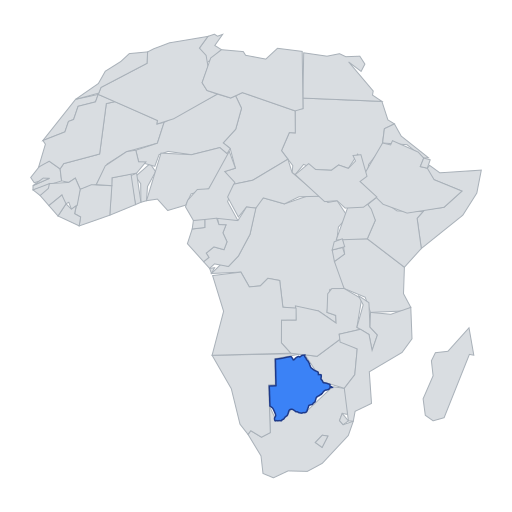 Botswana highlighted on a map of Africa
{"feature_id": "BWA", "entity_name": "Botswana", "entity_type": "country or territory", "adm_level": 0, "iso_a3": "BWA", "parent_name": "Africa", "parent_adm1": "", "projection": "orthographic", "projection_center": [24.585, -22.321], "detail": "fine", "context": "in_parent", "style": "filled", "palette": "blue", "viewbox_px": 512, "rotation_deg": 0, "n_neighbors": 49, "source": "natural_earth", "source_scale": "50m", "svg_char_len": 12651}
<svg xmlns="http://www.w3.org/2000/svg" viewBox="0 0 512 512"><path d="M367.3,238.8L404.4,267.2L403.5,293.7L410.8,307.4L405.1,310.9L370.5,312.4L365.2,297.2L344.1,288.5L336.3,275.5L334.4,261.5L344.6,254.0L342.3,238.8L367.3,238.8Z" fill="#d9dde1" stroke="#a8b0b8" stroke-width="1"/><path d="M98.2,94.4L95.5,101.9L78.1,106.3L73.6,119.5L68.5,121.4L64.9,131.9L42.9,140.5L75.6,99.3L98.2,94.4Z" fill="#d9dde1" stroke="#a8b0b8" stroke-width="1"/><path d="M334.4,261.5L344.1,288.5L329.8,289.4L327.0,312.4L335.7,315.4L336.1,323.1L318.4,310.9L282.9,307.2L279.7,280.5L267.9,278.3L260.3,285.9L249.3,286.9L240.9,272.1L211.5,273.5L221.4,263.8L228.4,266.5L238.4,256.0L250.0,234.3L256.6,203.5L263.3,197.9L284.4,203.9L307.8,195.9L320.2,196.2L327.9,202.5L337.1,200.7L347.7,216.7L338.4,227.0L334.4,261.5Z" fill="#d9dde1" stroke="#a8b0b8" stroke-width="1"/><path d="M421.3,248.5L417.1,218.3L424.8,209.7L444.0,207.3L461.9,191.1L434.1,179.7L425.9,170.2L429.5,165.3L439.8,172.8L481.3,170.1L476.8,193.1L462.8,215.2L421.3,248.5Z" fill="#d9dde1" stroke="#a8b0b8" stroke-width="1"/><path d="M404.4,267.2L367.3,238.8L375.3,220.3L367.8,204.5L376.9,197.0L397.0,210.9L423.0,211.6L417.1,218.3L421.3,248.5L404.4,267.2Z" fill="#d9dde1" stroke="#a8b0b8" stroke-width="1"/><path d="M300.0,177.0L294.6,174.3L292.1,172.6L292.8,165.6L281.5,150.7L289.3,132.6L295.3,132.9L295.2,108.6L303.0,108.6L302.9,98.1L381.9,101.4L387.9,119.9L394.4,123.9L384.4,128.7L381.8,147.9L368.6,164.5L367.0,176.3L357.7,154.1L348.3,168.4L338.6,165.0L331.4,170.3L315.6,169.5L303.6,164.4L295.2,174.6L300.0,177.0Z" fill="#d9dde1" stroke="#a8b0b8" stroke-width="1"/><path d="M295.1,110.9L295.3,132.9L289.3,132.6L281.5,150.7L287.9,159.2L252.8,180.2L233.7,184.2L224.7,171.5L235.4,168.2L230.2,148.5L223.2,142.9L235.7,129.2L241.5,108.3L235.6,95.8L242.4,92.6L295.1,110.9Z" fill="#d9dde1" stroke="#a8b0b8" stroke-width="1"/><path d="M248.0,434.4L250.8,430.7L261.5,437.2L270.3,432.6L269.4,406.0L276.3,420.7L280.9,419.9L291.8,409.2L307.2,410.7L332.6,386.7L344.3,388.3L348.4,403.8L347.3,414.4L342.2,413.4L339.5,420.6L343.1,424.7L353.3,421.2L348.3,435.5L322.3,463.3L307.3,471.4L288.1,470.9L273.4,477.8L263.0,473.5L261.0,455.9L248.0,434.4ZM327.9,436.1L322.3,435.2L315.3,442.5L322.1,447.4L327.9,436.1Z" fill="#d9dde1" stroke="#a8b0b8" stroke-width="1"/><path d="M327.9,436.1L322.1,447.4L315.3,442.5L322.3,435.2L327.9,436.1Z" fill="#d9dde1" stroke="#a8b0b8" stroke-width="1"/><path d="M344.3,388.3L323.3,382.0L304.8,354.7L317.1,356.3L339.8,339.4L357.2,348.9L354.8,374.7L344.3,388.3Z" fill="#d9dde1" stroke="#a8b0b8" stroke-width="1"/><path d="M268.7,384.9L270.3,432.6L261.5,437.2L250.8,430.7L248.0,434.4L240.0,424.2L231.3,388.7L212.1,355.3L303.5,353.5L274.9,358.7L275.3,384.5L268.7,384.9Z" fill="#d9dde1" stroke="#a8b0b8" stroke-width="1"/><path d="M34.2,182.7L30.7,177.5L40.8,164.7L49.2,161.2L60.1,168.9L61.6,180.9L33.0,189.9L33.0,185.6L49.5,178.3L34.2,182.7Z" fill="#d9dde1" stroke="#a8b0b8" stroke-width="1"/><path d="M61.6,180.9L60.1,168.9L63.7,163.6L99.6,154.0L106.3,103.6L115.0,101.6L157.5,120.5L157.0,124.0L164.1,122.4L157.4,143.2L126.7,151.6L107.2,164.0L96.3,184.6L80.2,189.3L75.3,178.1L68.8,182.4L61.6,180.9Z" fill="#d9dde1" stroke="#a8b0b8" stroke-width="1"/><path d="M42.9,140.5L64.9,131.9L68.5,121.4L73.6,119.5L78.1,106.3L95.5,101.9L98.2,94.4L115.0,101.6L106.3,103.6L99.6,154.0L63.7,163.6L60.1,168.9L49.2,161.2L38.6,167.1L45.4,144.2L42.9,140.5Z" fill="#d9dde1" stroke="#a8b0b8" stroke-width="1"/><path d="M146.5,200.7L140.9,202.3L140.7,183.7L135.5,176.4L150.1,163.6L155.6,171.7L147.5,186.5L146.5,200.7Z" fill="#d9dde1" stroke="#a8b0b8" stroke-width="1"/><path d="M235.6,95.8L241.5,108.3L235.7,129.2L223.2,142.9L230.2,148.5L227.0,153.7L219.8,147.6L191.6,154.7L168.1,151.4L159.1,154.6L154.8,166.3L138.6,161.8L135.8,150.2L157.4,143.2L164.1,122.4L217.3,94.1L230.7,98.0L235.6,95.8Z" fill="#d9dde1" stroke="#a8b0b8" stroke-width="1"/><path d="M146.5,200.7L161.0,153.1L191.6,154.7L219.8,147.6L229.7,155.9L208.7,188.8L191.1,193.9L185.7,205.1L167.7,210.5L157.4,199.1L146.5,200.7Z" fill="#d9dde1" stroke="#a8b0b8" stroke-width="1"/><path d="M229.3,151.3L235.4,168.2L224.7,171.5L234.8,182.4L227.6,201.7L237.9,220.6L193.4,220.5L185.5,206.9L187.6,200.4L197.3,189.5L208.7,188.8L229.3,151.3Z" fill="#d9dde1" stroke="#a8b0b8" stroke-width="1"/><path d="M136.6,173.1L140.9,202.3L135.5,204.6L130.3,175.9L136.6,173.1Z" fill="#d9dde1" stroke="#a8b0b8" stroke-width="1"/><path d="M131.0,173.9L135.5,204.6L109.8,215.2L112.0,177.8L131.0,173.9Z" fill="#d9dde1" stroke="#a8b0b8" stroke-width="1"/><path d="M80.2,189.3L91.5,184.7L111.9,185.7L109.8,215.2L79.2,225.9L80.6,217.0L74.6,213.7L80.2,189.3Z" fill="#d9dde1" stroke="#a8b0b8" stroke-width="1"/><path d="M49.4,183.6L68.8,182.4L75.3,178.1L80.2,189.3L77.2,205.4L71.4,209.2L68.8,202.3L64.3,204.6L61.9,195.0L48.9,205.6L40.1,195.5L49.4,183.6Z" fill="#d9dde1" stroke="#a8b0b8" stroke-width="1"/><path d="M33.0,189.9L49.4,183.6L48.4,188.4L40.1,195.5L33.0,189.9Z" fill="#d9dde1" stroke="#a8b0b8" stroke-width="1"/><path d="M76.2,205.7L74.6,213.7L80.6,217.0L79.2,225.9L58.0,216.0L66.0,203.8L71.4,209.2L76.2,205.7Z" fill="#d9dde1" stroke="#a8b0b8" stroke-width="1"/><path d="M48.9,205.6L61.9,195.0L66.0,203.8L58.0,216.0L48.9,205.6Z" fill="#d9dde1" stroke="#a8b0b8" stroke-width="1"/><path d="M96.3,184.6L105.3,165.8L126.7,151.6L135.8,150.2L138.6,161.8L145.9,161.9L136.6,173.1L112.0,177.8L111.9,185.7L96.3,184.6Z" fill="#d9dde1" stroke="#a8b0b8" stroke-width="1"/><path d="M320.2,196.2L298.9,196.8L284.4,203.9L263.3,197.9L255.9,208.1L246.5,207.0L238.4,217.0L227.6,197.0L233.7,184.2L252.8,180.2L287.9,159.2L292.1,172.6L320.2,196.2Z" fill="#d9dde1" stroke="#a8b0b8" stroke-width="1"/><path d="M255.9,208.1L250.0,234.3L238.4,256.0L228.4,266.5L214.5,263.9L209.6,268.4L203.6,261.7L208.9,257.4L206.2,253.1L213.9,246.9L224.0,249.7L227.0,241.8L222.9,232.8L226.0,224.9L218.9,224.6L217.5,218.4L237.9,220.6L246.5,207.0L255.9,208.1Z" fill="#d9dde1" stroke="#a8b0b8" stroke-width="1"/><path d="M204.8,219.5L216.6,218.2L218.9,224.6L226.0,224.9L222.9,232.8L227.0,241.8L224.0,249.7L213.9,246.9L206.2,253.1L208.9,257.4L203.6,261.7L187.4,243.7L192.2,229.0L204.8,227.5L204.8,219.5Z" fill="#d9dde1" stroke="#a8b0b8" stroke-width="1"/><path d="M193.4,220.5L204.8,219.5L204.8,227.5L192.2,229.0L193.4,220.5Z" fill="#d9dde1" stroke="#a8b0b8" stroke-width="1"/><path d="M344.1,288.5L361.6,298.8L356.9,327.3L360.5,329.3L339.2,334.2L339.8,339.4L317.1,356.3L290.7,353.2L281.4,342.9L281.5,320.1L296.1,320.0L295.4,305.9L318.4,310.9L336.1,323.1L335.7,315.4L327.0,312.4L327.7,293.8L331.8,288.6L344.1,288.5Z" fill="#d9dde1" stroke="#a8b0b8" stroke-width="1"/><path d="M358.3,295.5L368.9,302.7L370.0,327.1L377.4,335.0L372.1,350.4L369.0,334.5L356.9,327.3L363.2,304.9L358.3,295.5Z" fill="#d9dde1" stroke="#a8b0b8" stroke-width="1"/><path d="M370.5,312.4L390.8,314.3L410.8,307.4L412.0,338.8L402.1,352.4L369.3,371.8L371.5,403.4L355.1,411.3L353.3,421.2L348.4,420.9L344.3,388.3L354.8,374.7L357.2,348.9L340.1,342.1L339.2,334.2L360.5,329.3L369.0,334.5L372.1,350.4L377.4,335.0L370.0,327.1L370.5,312.4Z" fill="#d9dde1" stroke="#a8b0b8" stroke-width="1"/><path d="M348.4,420.9L343.1,424.7L339.5,420.6L342.2,413.4L348.4,420.9Z" fill="#d9dde1" stroke="#a8b0b8" stroke-width="1"/><path d="M209.6,268.4L214.6,267.7L211.5,273.5L209.6,268.4ZM212.6,275.6L240.9,272.1L249.3,286.9L260.3,285.9L267.9,278.3L279.7,280.5L282.9,307.2L296.1,308.1L296.1,320.0L281.5,320.1L281.4,342.9L290.7,353.2L212.1,355.3L223.6,311.3L212.6,275.6Z" fill="#d9dde1" stroke="#a8b0b8" stroke-width="1"/><path d="M342.6,247.5L344.6,254.0L334.4,261.5L332.2,250.0L342.6,247.5Z" fill="#d9dde1" stroke="#a8b0b8" stroke-width="1"/><path d="M469.0,327.8L473.8,355.2L469.4,354.4L444.1,417.7L433.1,420.8L425.3,415.3L423.1,398.8L433.1,375.8L431.4,360.8L435.4,352.7L447.9,351.3L469.0,327.8Z" fill="#d9dde1" stroke="#a8b0b8" stroke-width="1"/><path d="M33.0,185.6L43.2,178.1L49.5,178.3L33.0,185.6Z" fill="#d9dde1" stroke="#a8b0b8" stroke-width="1"/><path d="M206.9,63.0L199.4,48.1L207.9,36.4L214.4,34.2L217.5,36.2L222.6,34.4L214.8,45.5L221.5,49.7L206.9,63.0Z" fill="#d9dde1" stroke="#a8b0b8" stroke-width="1"/><path d="M98.2,94.4L101.0,87.4L147.0,63.3L147.6,51.9L153.7,48.8L169.5,42.8L207.9,36.4L199.4,48.1L206.1,55.4L208.0,66.7L202.1,82.7L207.0,90.5L217.3,94.1L173.6,118.8L157.0,124.0L157.5,120.5L98.2,94.4Z" fill="#d9dde1" stroke="#a8b0b8" stroke-width="1"/><path d="M382.6,143.0L384.4,128.7L394.4,123.9L401.2,136.1L428.5,157.8L423.7,158.1L407.0,144.7L382.6,143.0Z" fill="#d9dde1" stroke="#a8b0b8" stroke-width="1"/><path d="M75.6,99.3L98.4,83.5L105.3,71.2L120.8,61.5L129.3,53.6L147.6,51.9L147.0,63.3L101.0,87.4L98.8,93.1L75.6,99.3Z" fill="#d9dde1" stroke="#a8b0b8" stroke-width="1"/><path d="M381.9,101.4L302.9,98.1L303.7,52.8L327.0,56.2L339.5,53.7L345.8,56.7L359.8,56.2L364.9,64.1L361.1,71.4L348.6,61.9L373.2,91.0L372.5,95.1L381.9,101.4Z" fill="#d9dde1" stroke="#a8b0b8" stroke-width="1"/><path d="M302.2,51.4L303.0,108.6L295.1,110.9L242.4,92.6L230.7,98.0L207.0,90.5L202.1,82.7L210.7,58.0L221.5,49.7L243.3,51.6L245.6,55.3L265.8,59.1L277.5,48.3L302.2,51.4Z" fill="#d9dde1" stroke="#a8b0b8" stroke-width="1"/><path d="M461.9,191.1L444.0,207.3L407.1,213.1L383.1,204.3L360.0,181.5L382.6,143.0L390.6,144.9L392.5,140.7L418.2,152.1L423.7,158.1L420.3,166.6L427.3,168.2L434.1,179.7L461.9,191.1Z" fill="#d9dde1" stroke="#a8b0b8" stroke-width="1"/><path d="M423.7,158.1L430.2,159.8L427.3,168.2L420.3,166.6L423.7,158.1Z" fill="#d9dde1" stroke="#a8b0b8" stroke-width="1"/><path d="M367.3,238.8L336.2,240.0L348.1,206.4L367.8,204.5L371.3,209.2L375.3,220.3L367.3,238.8Z" fill="#d9dde1" stroke="#a8b0b8" stroke-width="1"/><path d="M342.3,238.8L344.7,246.7L332.2,250.0L334.2,241.8L342.3,238.8Z" fill="#d9dde1" stroke="#a8b0b8" stroke-width="1"/><path d="M345.2,208.1L337.1,200.7L324.6,201.6L295.2,174.6L308.7,163.6L315.6,169.5L331.4,170.3L338.6,165.0L348.3,168.4L355.5,161.0L353.0,155.5L360.9,154.7L367.0,176.3L360.0,181.5L376.9,197.0L363.5,207.2L345.2,208.1Z" fill="#d9dde1" stroke="#a8b0b8" stroke-width="1"/><path d="M304.8,355.1L304.7,355.5L304.6,356.0L304.7,356.4L305.0,356.9L305.3,357.3L305.7,357.6L306.0,358.3L306.4,359.1L306.8,359.8L308.2,361.3L308.4,361.8L308.6,362.4L309.4,363.4L309.6,363.7L309.5,364.4L310.4,366.5L310.9,367.7L311.4,368.0L313.0,369.3L314.4,370.3L316.0,371.1L317.2,371.6L317.8,371.9L318.1,372.2L318.3,372.9L318.4,373.9L318.4,374.6L319.7,374.6L320.8,374.7L321.1,374.9L321.3,375.1L321.2,375.5L321.2,376.2L321.3,376.8L321.1,377.4L321.0,378.1L321.0,378.9L321.1,379.3L322.1,380.4L322.5,381.1L323.0,382.2L323.2,382.5L323.4,382.7L324.3,382.8L326.7,383.3L328.1,383.8L329.3,384.2L329.7,384.3L330.0,384.5L329.9,385.5L329.9,385.8L330.0,386.1L330.2,386.3L330.5,386.4L331.3,386.6L331.8,387.1L332.1,387.4L330.6,387.5L329.8,387.9L329.3,388.8L328.6,389.4L327.6,389.7L326.6,390.0L325.5,390.1L324.3,390.8L323.1,392.1L322.5,392.9L322.4,393.2L322.2,393.5L321.6,393.7L321.3,394.0L321.3,394.4L321.0,394.5L320.5,394.5L320.1,394.8L319.9,395.3L319.5,395.6L318.8,395.7L318.3,396.0L317.8,396.4L317.4,396.7L317.1,396.7L316.7,397.1L316.1,398.0L316.0,398.4L315.0,401.8L314.5,402.2L313.5,402.9L312.8,403.8L312.4,404.3L312.1,404.5L310.3,404.9L309.7,405.1L308.9,405.4L308.7,405.7L308.5,406.8L307.9,408.3L307.5,409.4L307.2,410.4L306.7,411.6L306.2,412.0L305.8,412.4L305.1,412.6L304.2,412.7L303.5,412.6L302.9,412.7L302.0,413.1L301.2,413.1L300.0,412.9L298.9,412.6L298.5,412.6L297.6,411.8L297.0,411.8L296.1,411.7L295.6,411.6L295.2,411.1L294.2,410.4L293.2,409.7L292.3,409.3L291.5,409.2L290.8,409.3L290.2,409.5L289.9,409.6L289.5,409.9L289.0,410.6L288.6,411.6L288.5,412.2L288.1,413.5L287.5,415.0L287.2,415.5L286.9,415.8L286.4,416.1L284.8,417.4L284.0,418.7L283.5,419.2L282.9,419.4L282.4,419.5L282.1,419.7L281.8,420.4L281.5,420.7L281.2,420.8L280.3,420.7L280.0,420.6L277.5,420.8L276.7,420.6L276.2,420.6L275.3,420.9L275.0,420.7L274.7,420.1L274.5,419.0L274.5,418.0L275.0,417.2L275.3,416.6L275.7,415.9L275.7,415.6L275.6,415.3L275.5,414.7L275.5,414.1L274.9,412.8L274.2,411.1L273.3,409.2L273.0,408.6L272.4,407.8L270.3,406.3L269.9,406.0L269.9,405.9L269.9,404.3L269.8,402.2L269.7,400.2L269.7,398.1L269.6,396.0L269.5,393.9L269.5,391.9L269.4,389.8L269.3,387.7L269.3,386.0L270.8,385.9L272.7,385.9L274.9,385.8L275.9,385.8L276.0,385.5L275.9,384.2L275.9,381.3L275.8,378.3L275.7,375.4L275.7,372.4L275.6,369.5L275.5,366.5L275.5,363.6L275.4,360.6L275.4,359.2L277.1,359.0L279.2,358.7L282.5,358.2L285.5,357.5L287.5,357.1L289.9,356.7L290.8,356.6L291.0,356.7L291.3,356.8L292.4,358.3L293.1,359.4L293.3,359.9L293.7,359.8L294.1,359.7L295.2,358.5L295.4,358.2L296.1,357.7L297.0,357.1L297.8,356.7L298.6,356.4L299.0,356.5L299.4,356.8L299.8,357.0L301.6,355.6L302.4,355.3L304.5,355.1L304.8,355.1Z" fill="#3b82f6" stroke="#1e3a8a" stroke-width="1.5"/></svg>